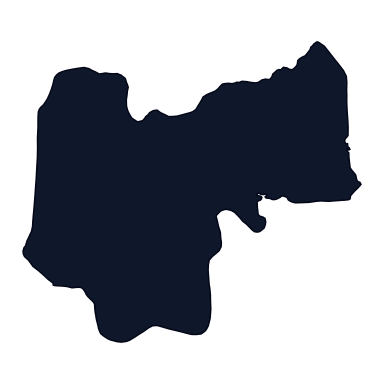 the district of Khemara Phoumin, Kaôh Kong, Cambodia
{"feature_id": "14789045B84923983917004", "entity_name": "Khemara Phoumin", "entity_type": "district", "adm_level": 2, "iso_a3": "KHM", "parent_name": "Cambodia", "parent_adm1": "Kaôh Kong", "projection": "orthographic", "projection_center": [103.034, 11.595], "detail": "fine", "context": "isolated", "style": "filled", "palette": "ink", "viewbox_px": 384, "rotation_deg": 0, "n_neighbors": 0, "source": "geoboundaries", "source_scale": "gbopen_adm2", "svg_char_len": 3846}
<svg xmlns="http://www.w3.org/2000/svg" viewBox="0 0 384 384"><path d="M338.3,63.9L334.9,59.7L328.8,51.9L324.3,46.2L318.5,42.2L316.9,41.9L314.1,43.8L312.2,46.1L310.9,47.1L310.1,49.6L307.6,52.9L305.2,55.8L302.1,57.2L299.4,58.9L297.9,60.4L297.6,62.2L297.2,64.5L296.5,65.9L294.0,68.5L292.5,69.5L290.8,69.7L288.7,69.0L286.9,67.9L283.4,67.3L282.0,68.7L280.8,69.8L278.8,69.6L276.9,70.3L275.1,72.1L272.8,74.1L272.0,76.6L270.2,79.1L268.4,79.6L265.6,79.1L261.8,80.0L260.0,81.3L257.8,82.6L255.0,82.9L250.8,82.4L246.3,81.6L242.0,81.3L239.0,82.5L237.0,82.2L234.1,83.3L231.9,83.7L228.7,83.3L225.0,83.6L222.4,84.1L220.3,86.2L217.7,89.1L215.2,91.1L211.4,92.7L207.0,94.5L203.1,97.0L201.5,100.2L199.9,102.9L197.6,106.6L195.9,109.5L192.6,111.8L189.4,112.9L186.3,113.7L182.7,114.7L177.3,116.1L173.1,116.5L168.6,116.6L165.3,114.9L160.4,112.6L157.1,110.1L153.4,110.6L149.7,112.6L147.4,115.5L146.1,116.2L144.4,118.7L142.7,120.6L138.7,121.7L137.1,121.7L135.6,120.6L133.6,119.4L131.5,117.7L129.3,114.0L127.8,111.0L126.5,106.3L126.4,103.0L126.3,99.8L127.0,95.1L127.4,91.0L128.2,87.3L127.6,85.3L126.4,82.3L125.3,78.5L121.1,75.2L117.2,73.6L113.3,73.8L109.4,73.6L105.6,73.0L100.9,73.8L99.2,74.0L95.4,71.9L92.4,70.6L88.8,68.6L84.1,67.5L78.7,68.2L73.3,69.1L69.5,69.8L65.7,70.6L61.9,71.8L58.7,73.2L56.8,74.8L54.9,77.1L54.1,79.3L52.9,84.5L51.3,89.6L49.7,93.8L47.5,98.7L45.4,102.1L43.3,105.0L40.9,107.2L39.4,109.1L38.4,111.8L38.1,116.0L38.0,121.6L38.0,127.9L37.5,138.1L37.6,147.7L37.5,152.7L37.4,157.7L36.8,167.9L36.3,177.4L35.7,185.7L35.2,193.1L34.7,199.7L33.9,209.6L33.3,215.8L32.8,222.1L32.6,226.0L31.6,231.2L29.8,235.0L28.4,238.1L27.1,240.7L25.5,245.9L23.9,247.9L23.0,251.4L23.4,254.1L24.5,256.5L28.6,260.3L33.0,266.4L38.2,270.4L43.4,274.9L48.4,279.6L53.1,283.1L53.2,285.1L54.9,285.6L57.5,285.8L62.1,286.0L66.9,286.5L69.0,287.0L71.6,287.7L73.3,287.7L76.8,287.3L80.2,287.3L82.1,288.1L83.3,289.3L84.6,291.1L85.5,292.6L86.1,294.2L87.8,296.5L90.5,299.2L92.3,300.9L93.8,302.6L94.6,304.4L94.8,308.4L95.2,312.2L95.8,315.5L96.5,319.8L97.6,324.0L98.2,326.6L98.6,328.5L99.3,330.5L100.7,333.6L103.1,335.6L104.8,336.8L107.8,338.7L110.1,339.8L117.3,341.7L121.5,342.1L126.4,341.4L129.6,340.2L135.2,336.8L139.2,334.1L143.5,331.5L148.6,327.8L152.7,325.7L157.3,325.5L162.7,327.0L168.4,328.7L175.1,330.3L181.7,331.9L186.5,333.2L191.5,334.4L196.1,334.5L201.2,333.9L204.8,331.3L206.4,329.4L208.3,325.7L210.1,318.5L210.8,309.3L210.5,301.7L210.4,295.1L209.8,288.3L209.1,284.2L208.6,277.1L208.4,274.4L208.1,269.9L208.4,264.5L209.2,260.1L211.1,257.9L212.4,256.4L215.7,253.7L219.1,250.7L221.1,246.8L221.4,242.8L220.7,237.9L220.3,232.3L218.4,226.1L217.7,222.7L216.0,215.8L220.4,211.1L224.1,209.6L226.7,209.3L231.2,210.4L234.6,212.3L239.6,217.4L242.7,221.2L246.3,224.0L249.7,227.4L251.8,229.6L254.5,231.7L257.4,232.1L259.8,231.5L264.0,228.2L265.3,224.8L265.7,221.8L265.0,218.4L263.0,217.1L259.7,216.1L258.1,214.4L257.8,211.2L257.4,207.8L257.1,202.1L258.5,200.7L260.2,200.3L261.4,199.0L261.9,197.4L260.9,196.3L257.1,195.4L257.3,193.6L258.9,193.2L260.8,194.3L263.7,194.6L265.5,194.0L267.0,195.0L265.1,196.9L266.3,198.1L270.0,198.4L272.2,199.5L274.5,199.6L276.6,199.1L280.1,197.3L282.0,195.8L284.8,196.5L286.9,197.3L288.3,199.9L289.9,201.0L292.1,202.0L295.2,202.8L302.5,202.6L309.4,202.3L316.7,201.2L321.1,200.9L328.7,201.3L336.1,200.7L341.6,200.3L345.0,200.1L348.6,199.7L350.1,198.8L350.5,195.9L351.4,194.7L354.8,190.9L358.1,187.7L361.0,184.4L360.0,182.4L358.0,181.6L356.9,180.4L355.7,175.0L354.8,173.8L351.6,170.0L350.1,167.7L349.5,162.5L348.9,157.2L348.8,152.9L347.2,151.2L347.0,149.2L348.7,150.0L349.9,149.4L349.3,147.9L347.9,147.0L347.5,143.7L345.9,143.7L344.8,142.3L344.8,139.4L348.0,135.6L348.1,127.4L347.9,122.3L347.5,116.4L347.1,110.8L346.8,104.1L346.7,100.4L346.8,95.2L346.6,90.8L346.7,86.1L346.8,82.2L346.3,76.3L343.4,70.5L338.3,63.9Z" fill="#0f172a" stroke="#020617" stroke-width="1.5"/></svg>